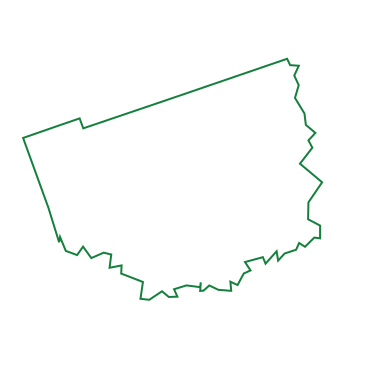 outline of Daviess, Indiana, United States of America, rotated 251°
{"feature_id": "52423323B20266765570331", "entity_name": "Daviess", "entity_type": "district", "adm_level": 2, "iso_a3": "USA", "parent_name": "United States of America", "parent_adm1": "Indiana", "projection": "robinson", "projection_center": [-87.15, 38.698], "detail": "fine", "context": "isolated", "style": "outline", "palette": "green", "viewbox_px": 384, "rotation_deg": 251, "n_neighbors": 0, "source": "geoboundaries", "source_scale": "gbopen_adm2", "svg_char_len": 908}
<svg xmlns="http://www.w3.org/2000/svg" viewBox="0 0 384 384"><g transform="rotate(251 192 192)"><path d="M187.8,50.0L192.4,52.6L177.4,53.5L169.8,62.8L175.8,71.2L162.3,75.3L163.4,88.7L159.2,95.3L147.2,89.4L145.5,101.5L137.9,98.5L122.9,116.3L107.8,108.5L104.0,116.5L107.9,131.3L100.3,135.9L97.8,144.1L105.9,143.4L105.5,156.3L99.4,168.7L103.7,170.9L95.8,167.5L95.0,170.9L98.0,177.9L90.9,185.1L85.8,196.9L94.7,199.1L89.2,204.8L98.1,214.4L98.8,221.8L108.5,219.3L107.3,237.8L100.3,238.2L108.4,252.7L99.1,251.1L103.7,259.6L103.5,271.6L108.9,276.7L103.4,281.0L109.1,292.8L106.5,298.0L118.5,302.2L128.4,292.9L144.3,298.7L158.8,318.2L183.6,303.3L194.7,320.2L202.9,318.9L207.7,327.9L218.4,321.5L229.6,323.9L247.4,320.0L258.3,327.7L268.8,326.6L276.6,334.1L280.0,326.1L287.0,325.3L287.2,200.3L287.6,109.9L298.2,109.7L298.2,87.6L298.1,49.9L223.7,51.1L187.8,50.0Z" fill="none" stroke="#15803d" stroke-width="2"/></g></svg>